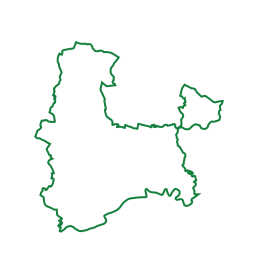 Ha Trung, Thanh Hóa, Vietnam, rotated 350°
{"feature_id": "81297802B67206181597957", "entity_name": "Ha Trung", "entity_type": "district", "adm_level": 2, "iso_a3": "VNM", "parent_name": "Vietnam", "parent_adm1": "Thanh Hóa", "projection": "orthographic", "projection_center": [105.848, 20.055], "detail": "fine", "context": "isolated", "style": "outline", "palette": "green", "viewbox_px": 256, "rotation_deg": 350, "n_neighbors": 0, "source": "geoboundaries", "source_scale": "gbopen_adm2", "svg_char_len": 5865}
<svg xmlns="http://www.w3.org/2000/svg" viewBox="0 0 256 256"><g transform="rotate(350 128 128)"><path d="M131.1,56.8L126.1,52.3L123.6,50.6L119.8,49.4L117.3,49.0L115.8,47.5L114.6,47.0L113.4,46.9L112.2,47.2L109.8,46.8L109.0,46.4L107.1,43.5L106.7,40.8L105.9,39.5L104.8,38.7L101.7,38.4L100.9,37.6L97.7,37.3L94.6,36.2L91.7,34.5L88.6,39.8L87.8,40.1L80.7,40.0L77.4,40.3L76.8,40.5L75.9,44.2L75.0,44.2L73.5,42.8L72.4,44.2L70.8,47.4L70.3,50.7L71.0,52.6L70.9,55.5L72.2,61.3L72.1,62.3L71.5,62.8L69.7,65.7L69.9,68.7L69.4,69.6L68.4,70.6L67.9,72.2L67.4,72.7L64.0,74.5L63.1,75.6L61.9,76.1L61.8,76.9L62.1,78.6L61.7,79.1L61.9,79.4L61.5,79.9L61.0,81.5L60.0,82.5L61.3,83.3L62.1,84.2L62.0,84.3L60.9,84.2L60.6,84.6L60.7,85.0L61.6,86.1L61.5,86.4L60.6,86.5L60.3,86.8L61.1,88.7L60.5,89.5L60.5,90.3L59.0,90.8L57.3,93.7L55.7,94.3L55.0,95.3L54.4,97.2L53.4,98.8L53.8,99.5L55.4,100.6L56.1,101.2L57.1,102.9L57.2,107.4L57.0,109.1L56.6,109.3L51.8,108.2L50.6,107.6L50.0,106.8L48.6,105.9L47.4,106.1L46.8,105.8L45.7,106.1L44.5,105.8L44.1,106.0L42.2,109.6L42.5,112.5L40.9,113.8L38.3,115.0L35.2,120.3L36.5,122.1L37.3,122.5L39.3,122.9L41.1,124.5L43.4,125.9L44.8,127.1L45.1,127.6L48.5,130.2L44.7,134.0L44.2,134.9L45.8,140.9L47.4,141.7L46.7,143.0L46.8,143.6L48.2,145.1L45.4,145.8L44.7,146.2L43.7,147.4L43.4,148.1L43.4,148.9L45.2,151.9L46.3,155.1L47.1,158.5L47.0,159.7L45.1,159.4L45.1,161.3L44.7,162.9L43.8,164.2L44.0,164.5L45.2,164.6L46.0,165.6L45.9,166.3L45.2,167.3L44.3,169.8L43.3,171.1L41.9,172.3L41.4,172.2L40.9,171.6L40.3,171.5L36.8,174.9L36.4,174.9L36.0,174.6L36.0,173.6L35.7,173.2L34.1,172.6L33.4,172.7L33.1,173.1L33.0,175.0L31.4,176.3L30.1,178.9L32.9,181.6L32.6,186.5L32.9,188.7L33.4,189.7L34.9,191.2L38.9,193.7L40.4,195.1L41.4,195.6L43.7,196.0L43.1,200.8L43.3,201.4L44.7,203.3L47.2,205.5L47.1,205.9L46.4,205.8L46.0,206.1L45.8,207.5L44.6,207.0L44.1,207.2L44.2,207.6L45.0,208.1L45.0,209.0L46.5,209.4L46.6,209.9L46.2,210.3L45.7,211.4L44.7,210.7L44.2,210.7L43.5,211.1L42.4,212.3L42.5,212.7L43.7,212.0L44.4,212.0L43.4,213.2L44.4,214.1L44.5,214.5L43.6,215.8L42.9,217.7L43.9,218.3L46.8,217.2L50.7,214.7L53.9,214.5L54.8,214.7L56.5,215.7L58.6,218.1L62.1,221.0L64.1,221.5L69.3,221.4L73.1,220.5L77.7,220.2L79.3,219.6L81.7,219.0L87.5,218.2L89.2,217.4L90.1,216.4L90.4,215.5L90.5,214.5L89.3,211.1L89.4,210.3L89.8,210.0L93.7,208.8L98.5,208.2L103.2,206.8L106.0,205.0L109.9,201.2L113.0,199.4L115.2,198.3L117.7,197.8L121.7,197.9L126.4,198.2L133.8,199.2L134.1,199.0L134.5,197.8L134.2,193.1L134.8,191.6L135.3,191.3L136.1,191.5L137.3,193.4L138.4,194.5L140.0,195.3L144.6,196.6L149.4,199.7L150.1,199.7L150.8,199.3L153.6,195.0L154.8,194.7L155.4,195.2L155.4,197.4L156.4,201.1L157.0,202.0L157.3,202.1L158.1,201.9L159.9,199.4L163.1,196.5L164.0,196.2L165.7,196.9L167.6,198.9L167.7,200.3L167.3,201.9L166.0,203.4L163.1,204.8L162.6,205.5L162.7,206.2L163.3,207.0L163.9,207.3L167.0,207.1L168.3,207.4L168.8,207.8L169.4,208.6L169.8,212.1L170.2,213.7L170.9,214.4L171.6,214.8L173.5,214.9L175.7,214.2L177.1,213.5L177.9,212.8L178.4,212.0L178.5,211.3L177.8,210.4L178.7,208.8L181.7,207.7L185.9,205.5L182.2,204.9L182.0,204.0L182.5,202.1L182.5,201.0L181.8,198.9L181.9,198.2L182.3,197.7L183.8,197.0L184.9,195.9L185.1,194.0L183.6,192.6L184.0,192.1L186.1,191.5L185.8,189.3L185.8,187.1L185.2,186.6L183.1,187.0L182.6,186.5L182.5,185.2L184.1,183.7L182.8,181.9L182.5,181.8L182.1,182.3L181.7,184.1L181.1,184.2L179.4,182.7L179.6,181.8L180.8,181.4L180.9,181.0L180.8,180.8L178.7,180.0L177.6,180.6L176.9,180.1L177.4,178.9L177.1,177.8L175.1,174.3L175.4,173.7L176.5,173.2L176.7,172.8L177.2,170.4L178.1,169.1L178.2,167.5L179.4,166.4L179.9,164.0L179.3,162.9L177.6,161.4L177.2,159.3L176.3,157.6L175.8,155.5L174.4,154.6L173.9,153.8L174.2,152.6L173.8,149.9L175.0,148.1L175.0,147.6L174.2,146.2L174.5,144.7L174.2,142.9L175.5,141.7L176.4,140.2L176.9,138.1L177.6,137.2L179.1,136.5L181.2,136.7L184.2,139.1L187.3,139.8L188.6,139.4L191.8,137.2L194.1,136.2L195.3,136.1L198.6,137.6L199.1,138.0L199.8,140.5L200.7,141.2L202.6,142.1L203.9,142.3L205.5,141.7L206.5,141.0L208.0,138.3L210.7,136.4L212.0,136.2L213.7,136.8L219.0,136.1L219.8,135.3L220.6,133.4L220.7,132.8L220.0,129.6L220.4,128.0L220.9,127.0L221.5,126.5L222.1,126.5L222.2,123.2L222.4,121.8L224.1,121.0L225.1,119.7L225.9,117.8L222.9,117.6L218.1,117.9L216.2,116.8L213.9,114.0L209.8,109.9L208.7,109.7L205.8,109.9L202.0,104.7L200.6,101.1L196.9,99.5L191.2,95.2L188.8,97.6L187.8,99.1L185.0,105.4L186.3,106.0L186.7,106.6L187.1,107.7L188.3,108.9L189.1,108.5L189.0,109.2L188.6,109.6L189.2,110.6L188.9,111.4L189.1,112.6L188.2,112.6L187.4,113.6L187.8,114.0L188.4,115.4L187.8,115.8L186.6,115.9L186.3,116.1L185.6,117.7L183.9,116.7L182.4,116.6L181.3,116.9L182.2,120.4L183.1,122.6L183.6,122.8L184.3,123.8L184.5,125.0L184.3,126.3L181.7,129.2L181.7,130.9L181.1,134.5L180.1,135.4L178.9,135.7L177.7,136.5L177.0,137.3L175.8,136.8L175.9,136.4L174.9,135.5L174.7,134.4L175.1,133.1L174.4,132.2L173.8,132.0L172.9,132.1L172.2,132.6L170.7,132.3L169.9,132.6L167.3,132.6L167.0,131.8L165.3,131.3L164.2,131.5L162.5,132.8L160.7,132.7L159.3,132.4L157.9,131.4L156.5,131.7L156.1,130.6L155.8,130.4L155.5,130.5L154.7,131.7L154.0,131.7L153.7,131.2L154.3,130.0L154.1,129.3L153.7,129.3L151.8,129.5L151.4,131.0L150.8,131.3L150.4,131.1L150.4,130.7L138.9,125.7L137.1,130.3L132.9,129.0L131.4,127.6L129.0,126.6L126.6,124.9L126.0,124.7L125.4,125.0L125.2,126.5L124.8,127.3L121.1,125.5L117.4,125.1L117.6,124.5L119.0,123.7L119.0,122.9L118.2,122.4L115.8,121.9L113.3,122.3L113.2,121.6L113.8,119.4L113.1,117.2L112.8,116.7L111.2,115.6L110.6,114.3L109.5,113.9L108.8,111.9L108.5,110.8L108.4,106.4L108.5,106.0L109.5,105.5L109.4,97.1L110.2,95.9L110.2,95.5L107.5,85.5L110.3,78.6L112.4,81.2L114.4,83.2L122.9,83.7L122.5,82.2L121.2,81.3L120.8,80.2L121.0,79.3L122.0,78.7L122.5,78.0L122.2,77.1L123.0,75.6L122.9,75.1L121.6,73.3L120.6,71.0L120.7,69.0L121.1,67.1L122.0,65.8L124.5,63.4L125.5,61.8L129.0,59.0L131.1,56.8Z" fill="none" stroke="#15803d" stroke-width="2"/></g></svg>